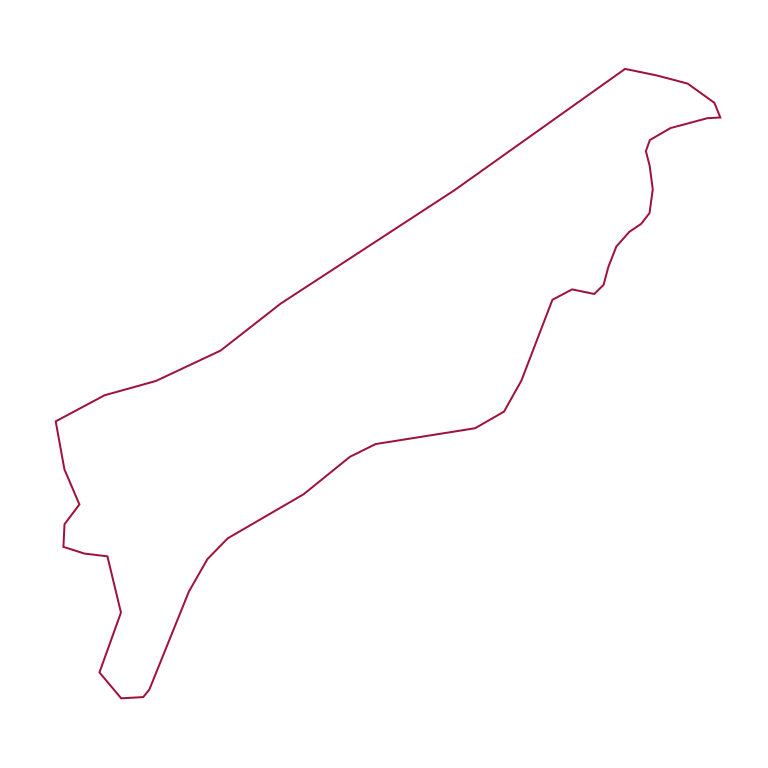 Qusar, Mercator projection, rotated 182°
{"feature_id": "AZE-1729", "entity_name": "Qusar", "entity_type": "District", "adm_level": 1, "iso_a3": "AZE", "parent_name": "Azerbaijan", "parent_adm1": "", "projection": "mercator", "projection_center": [48.173, 41.44], "detail": "fine", "context": "isolated", "style": "outline", "palette": "rose", "viewbox_px": 768, "rotation_deg": 182, "n_neighbors": 0, "source": "natural_earth", "source_scale": "10m", "svg_char_len": 722}
<svg xmlns="http://www.w3.org/2000/svg" viewBox="0 0 768 768"><g transform="rotate(182 384 384)"><path d="M199.3,485.1L218.6,474.1L246.8,392.2L263.1,360.6L291.4,343.0L390.3,323.7L415.6,310.0L460.5,271.0L534.7,224.4L554.3,202.9L571.7,169.9L607.9,70.3L613.7,62.7L635.7,60.7L658.3,85.8L638.9,146.4L654.4,202.1L677.6,204.1L698.7,210.0L698.4,232.7L684.2,253.0L700.4,287.5L710.8,335.2L662.9,363.0L612.0,379.1L548.5,411.7L490.0,460.8L320.3,580.2L154.1,707.3L122.3,701.9L91.0,694.8L63.6,676.5L57.2,662.1L70.2,660.9L106.6,649.8L126.8,637.1L130.4,625.9L126.1,611.3L122.2,587.9L124.6,564.1L132.6,553.0L144.1,544.7L156.6,529.5L163.9,508.7L168.0,490.8L177.0,481.3L199.3,485.1Z" fill="none" stroke="#9f1239" stroke-width="2"/></g></svg>